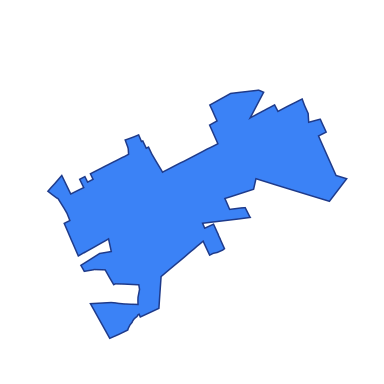 Telchac Pueblo, Yucatán, Mexico (Natural Earth projection), rotated 58°
{"feature_id": "50627088B2648172559689", "entity_name": "Telchac Pueblo", "entity_type": "district", "adm_level": 2, "iso_a3": "MEX", "parent_name": "Mexico", "parent_adm1": "Yucatán", "projection": "natural_earth1", "projection_center": [-89.256, 21.219], "detail": "fine", "context": "isolated", "style": "filled", "palette": "blue", "viewbox_px": 384, "rotation_deg": 58, "n_neighbors": 0, "source": "geoboundaries", "source_scale": "gbopen_adm2", "svg_char_len": 3187}
<svg xmlns="http://www.w3.org/2000/svg" viewBox="0 0 384 384"><g transform="rotate(58 192 192)"><path d="M212.3,46.5L208.6,46.0L206.2,45.7L203.7,45.4L198.7,44.7L198.2,44.7L196.5,50.2L196.0,51.9L194.7,56.1L187.0,51.9L178.2,50.7L171.5,49.3L171.4,50.4L169.9,66.3L169.2,76.4L161.9,75.8L161.7,78.7L161.5,81.8L161.3,83.7L161.2,85.6L161.1,87.6L160.9,89.5L160.8,91.5L160.5,95.2L160.4,97.2L160.3,99.1L160.1,101.0L160.0,103.0L160.0,103.4L146.6,80.5L145.4,78.4L142.3,80.5L140.9,81.6L139.9,83.8L136.7,90.5L136.2,91.6L132.7,98.9L129.7,105.3L128.9,107.0L127.7,130.8L134.2,131.6L138.9,132.3L145.0,133.1L144.6,141.6L151.0,142.5L164.4,144.4L164.5,144.4L164.8,144.5L164.7,145.9L164.3,150.6L164.0,153.4L163.6,156.4L163.2,162.8L161.7,182.4L161.4,184.7L161.2,186.2L160.7,192.2L159.6,206.0L159.6,206.5L157.5,206.4L145.9,206.2L142.8,206.1L138.6,206.0L130.9,205.1L130.6,207.6L122.6,206.7L122.4,208.1L115.3,207.0L114.5,211.8L114.0,214.3L113.0,219.0L112.5,221.1L118.1,222.3L119.6,222.6L121.1,223.0L121.4,223.2L121.8,223.3L123.8,224.4L126.4,225.8L126.2,229.8L126.2,230.3L125.8,232.6L125.4,237.7L125.1,241.1L125.0,241.6L124.5,247.4L124.4,248.9L124.2,250.5L122.7,268.5L128.8,269.2L128.3,275.3L122.2,274.7L121.7,280.5L130.9,281.5L130.5,285.0L130.2,287.9L129.6,294.4L129.4,295.9L109.0,293.7L111.3,301.2L112.2,304.0L113.5,308.9L115.0,313.8L120.0,312.0L125.6,309.8L126.1,309.3L126.8,309.1L127.1,309.1L129.5,309.1L134.2,309.1L135.2,309.1L138.1,309.1L143.4,309.3L143.9,309.3L144.4,309.4L151.5,310.7L151.1,314.7L150.9,317.0L161.5,318.6L164.5,319.1L164.8,319.1L167.7,319.6L172.0,320.2L186.0,322.3L186.2,315.5L186.2,315.4L186.4,315.4L186.5,312.2L186.8,306.2L187.0,301.6L187.0,300.9L187.3,294.2L187.4,292.3L187.5,289.1L187.5,287.6L199.7,292.0L195.7,301.7L195.2,302.8L195.3,315.7L195.3,315.8L195.3,316.0L195.3,325.1L195.6,325.1L195.9,325.1L200.3,325.3L202.2,325.4L205.8,316.6L205.8,316.2L212.0,306.9L221.0,307.3L225.1,307.4L229.1,307.5L229.3,305.6L234.2,298.2L242.3,286.6L242.5,286.3L246.8,288.1L252.6,293.5L255.1,295.2L258.3,297.1L258.8,297.4L257.5,299.2L254.7,303.5L252.1,307.2L250.9,309.0L249.4,310.9L247.5,313.4L245.4,315.8L242.9,319.1L232.9,337.3L272.5,339.3L274.0,329.1L275.0,319.6L273.9,318.4L271.9,315.1L270.8,311.9L270.0,310.8L269.1,308.8L268.8,307.4L268.5,306.0L268.6,305.3L268.1,303.8L267.5,302.8L267.6,301.6L270.6,302.1L272.2,289.3L273.1,281.7L271.0,280.2L263.1,274.5L247.3,263.0L245.8,252.6L245.0,246.8L244.6,243.8L243.5,235.4L243.1,232.7L242.6,229.7L242.3,227.9L242.0,225.8L241.7,223.7L241.4,220.9L241.0,218.5L240.6,216.3L240.6,216.2L240.3,213.7L240.0,211.4L239.7,209.2L239.6,208.6L241.6,208.9L252.3,210.2L254.9,210.5L255.2,206.9L255.5,205.8L256.6,202.8L256.7,202.4L257.1,199.6L257.5,196.8L257.3,194.5L247.6,193.2L247.0,193.0L243.1,192.6L241.7,192.2L239.7,192.0L235.4,191.4L230.7,190.8L230.1,195.4L229.8,197.7L229.5,200.1L229.4,200.4L224.1,199.6L240.0,165.8L244.4,156.1L243.2,156.1L233.5,155.2L231.6,158.7L226.7,169.3L217.5,167.9L214.9,167.6L216.6,161.2L222.3,138.3L214.6,130.7L215.3,130.1L217.2,128.5L223.7,122.9L229.2,118.2L234.4,113.7L242.0,107.1L257.2,93.9L272.7,80.4L262.7,53.8L254.3,61.1L216.7,55.8L213.4,55.3L211.5,55.0L212.2,47.8L212.3,46.5Z" fill="#3b82f6" stroke="#1e3a8a" stroke-width="1.5"/></g></svg>